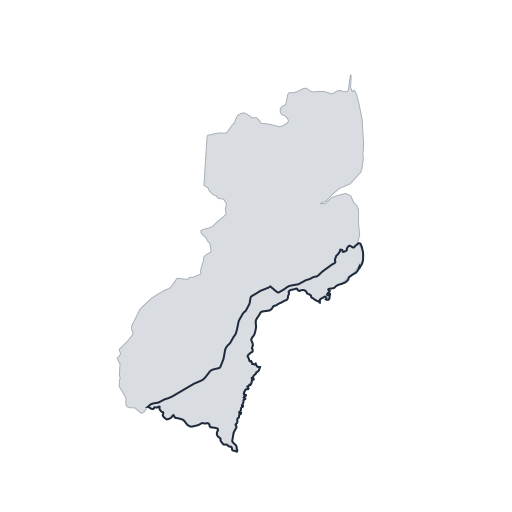 East Berbice-Corentyne on a map of Guyana (Robinson projection), rotated 42°
{"feature_id": "GUY-671", "entity_name": "East Berbice-Corentyne", "entity_type": "Region", "adm_level": 1, "iso_a3": "GUY", "parent_name": "Guyana", "parent_adm1": "", "projection": "robinson", "projection_center": [-57.523, 3.897], "detail": "fine", "context": "in_parent", "style": "outline", "palette": "slate", "viewbox_px": 512, "rotation_deg": 42, "n_neighbors": 0, "source": "natural_earth", "source_scale": "10m", "svg_char_len": 9626}
<svg xmlns="http://www.w3.org/2000/svg" viewBox="0 0 512 512"><g transform="rotate(42 256 256)"><path d="M170.1,238.4L160.0,225.7L149.9,212.9L140.0,200.4L139.3,198.7L143.5,192.7L147.2,188.4L150.3,186.0L151.8,183.8L150.7,174.6L150.8,171.3L149.3,167.7L148.3,163.6L149.5,160.3L151.0,157.9L153.0,157.0L157.6,156.2L160.9,155.9L162.1,154.5L164.0,152.9L166.5,152.9L171.4,153.9L173.6,151.9L177.6,149.2L186.7,144.4L188.8,141.3L190.2,136.5L190.0,134.2L189.1,133.4L186.9,132.6L183.4,132.5L180.7,133.7L177.8,133.0L175.4,130.1L175.3,127.6L176.7,124.2L175.9,121.9L171.4,114.6L171.4,112.6L174.7,109.3L176.6,106.5L179.1,99.8L181.2,97.6L187.5,96.8L189.1,95.4L192.3,91.9L197.1,87.9L204.0,84.7L206.0,78.8L207.2,77.2L212.7,74.1L213.7,72.5L213.6,71.0L204.8,57.9L206.5,58.8L213.4,67.4L217.1,69.2L217.9,69.3L218.0,67.1L221.4,68.0L230.4,73.8L243.5,83.5L262.0,101.8L267.2,108.7L270.7,112.0L276.2,120.0L277.8,123.9L277.7,139.4L272.8,149.9L271.6,157.8L271.3,168.3L268.5,174.3L272.3,171.0L273.4,161.5L276.6,155.8L280.8,149.5L286.3,148.0L292.3,150.7L297.1,151.1L301.3,153.0L310.3,163.1L319.1,171.1L322.3,177.5L331.7,180.7L337.2,185.7L338.9,190.1L340.0,201.6L338.2,218.8L338.7,219.7L336.2,223.1L335.8,225.3L334.1,229.1L332.9,231.2L334.7,236.0L336.8,236.2L337.6,236.8L338.1,237.7L338.0,238.7L337.2,239.7L335.2,240.8L333.3,243.6L333.5,246.6L332.3,248.2L328.4,249.0L320.9,249.0L317.2,249.2L314.2,249.8L312.2,251.7L309.8,253.1L307.8,253.4L306.1,255.7L304.4,259.0L305.0,261.2L306.7,264.1L307.8,267.2L306.4,272.1L304.9,275.9L304.0,278.8L302.8,284.3L299.9,290.4L297.9,293.9L297.9,297.7L298.9,303.1L304.8,310.9L306.8,314.7L308.4,320.7L313.7,325.4L317.1,329.2L316.8,334.3L317.2,335.8L319.3,337.1L321.9,338.1L324.7,338.0L327.2,337.6L327.8,336.9L333.6,336.8L334.2,338.0L334.6,345.3L334.8,348.2L336.2,349.4L337.0,351.2L337.1,352.9L337.3,356.9L338.2,359.1L338.0,363.4L338.6,365.0L340.2,366.1L342.3,369.2L343.0,369.6L343.4,370.7L345.1,375.1L346.0,376.4L346.6,376.6L346.9,378.2L348.2,382.3L349.0,383.3L350.6,386.4L351.3,389.7L353.4,393.4L355.6,396.1L356.6,398.8L359.4,404.8L362.1,409.0L365.8,410.1L368.8,410.7L370.8,412.4L372.6,414.1L370.6,414.9L368.8,416.0L366.3,415.2L362.8,415.6L359.2,416.8L355.8,417.4L349.5,415.5L347.6,415.3L346.2,414.4L343.6,410.7L342.4,410.3L339.0,412.0L334.9,413.2L332.9,413.0L330.6,414.2L328.4,415.9L324.2,423.2L322.1,425.8L319.7,427.0L315.1,426.9L310.2,427.2L306.5,428.9L303.0,429.8L301.2,430.0L300.7,434.0L299.9,435.8L298.8,436.9L296.1,437.2L293.7,437.0L292.2,435.4L289.5,434.6L287.0,434.0L285.5,433.0L284.2,433.2L283.2,434.9L282.3,436.3L281.6,439.0L277.9,439.8L276.3,441.3L277.3,446.2L276.8,448.1L276.1,449.6L271.6,449.9L267.8,449.8L265.7,451.6L263.0,453.7L261.3,454.1L259.4,453.9L256.8,451.5L254.3,448.5L248.0,446.4L241.8,444.6L237.7,439.9L236.8,437.5L234.8,436.5L230.0,430.8L227.3,427.2L224.4,426.2L221.1,424.7L221.2,422.1L221.0,419.5L219.6,418.5L217.6,417.8L216.8,416.4L217.1,413.0L217.5,404.5L216.9,396.2L212.4,393.4L210.5,391.4L207.1,379.3L205.5,373.8L205.5,369.7L206.6,357.6L207.9,352.4L211.3,341.8L213.3,338.3L213.4,335.6L213.2,332.2L212.2,325.4L218.1,321.2L220.6,319.4L221.0,316.5L224.1,312.9L225.5,309.5L226.7,306.8L226.3,305.3L225.0,304.5L223.4,301.9L220.0,294.5L218.8,293.0L217.7,291.0L218.3,287.7L219.6,284.1L219.4,282.6L217.4,280.7L213.2,277.5L209.8,277.3L207.1,276.1L203.2,276.0L200.0,275.6L198.3,274.4L198.6,272.5L199.4,271.0L202.0,267.2L203.8,263.3L204.1,259.4L204.6,254.3L205.4,249.8L205.8,244.8L201.6,241.5L200.3,238.8L198.6,236.4L196.7,236.4L193.9,235.4L189.4,238.5L185.9,237.9L183.5,239.1L177.9,238.9L174.4,237.4L170.1,238.4Z" fill="#d9dde1" stroke="#a8b0b8" stroke-width="1"/><path d="M333.3,335.8L334.5,338.6L334.7,339.3L334.6,341.2L334.5,341.5L334.1,342.2L334.2,342.7L334.5,343.1L334.7,343.7L334.6,344.4L334.4,345.5L334.3,346.1L334.4,346.7L334.9,348.0L334.8,348.6L334.5,349.1L334.4,349.4L334.9,349.9L335.4,349.9L335.9,349.8L336.6,349.1L336.7,349.3L336.9,349.5L336.2,351.0L336.6,352.0L337.4,352.9L337.9,354.1L338.2,355.6L338.1,355.8L337.4,355.8L337.2,356.0L337.5,357.5L336.9,358.7L337.5,359.1L339.0,359.3L339.3,360.1L338.8,360.8L338.0,361.5L337.6,362.0L338.2,364.8L338.4,365.4L338.8,365.6L339.1,366.6L339.7,366.9L340.2,366.7L341.1,366.2L341.7,366.1L342.0,366.5L341.2,368.4L341.5,369.4L343.3,369.0L343.7,369.3L343.6,369.9L343.1,371.1L343.4,371.8L344.6,373.3L345.1,374.3L345.4,376.4L345.7,376.7L346.7,376.1L347.1,376.8L346.7,378.1L346.7,379.0L347.0,379.5L348.2,381.1L348.2,381.5L348.0,383.3L348.3,383.8L349.0,383.5L349.9,382.7L350.3,383.2L350.3,383.8L350.0,384.4L349.9,384.9L350.1,385.7L350.3,386.1L351.1,387.0L351.3,387.5L351.3,388.1L351.0,388.8L351.3,389.8L353.0,391.5L353.6,392.7L353.5,394.6L353.7,395.1L354.2,395.4L355.3,395.6L355.7,395.9L356.3,396.9L356.8,399.3L357.1,400.5L357.5,402.1L362.1,409.4L363.4,410.0L368.0,410.1L369.8,411.2L370.1,411.6L370.4,412.0L370.8,412.3L371.8,412.6L372.2,413.0L372.5,413.5L372.7,414.2L370.5,415.1L369.0,416.0L368.3,416.1L367.5,415.7L366.9,415.1L366.1,414.5L365.2,414.4L364.4,414.8L363.8,415.3L363.1,415.7L362.1,415.7L361.2,415.5L360.5,415.7L358.5,417.5L357.9,417.8L357.2,417.8L353.9,417.2L353.2,416.9L352.5,416.2L352.1,415.7L351.7,415.4L350.7,415.4L349.1,415.6L348.4,415.6L347.5,415.4L346.2,414.7L345.4,413.8L344.8,412.7L344.5,411.2L343.1,409.9L340.8,410.9L336.7,413.8L335.7,413.6L334.0,412.4L332.8,412.2L331.8,412.7L331.1,413.4L330.5,414.3L329.7,415.0L328.7,415.6L328.1,415.9L327.6,416.4L326.4,420.0L325.9,420.9L322.7,425.5L321.3,426.7L319.1,427.3L317.6,427.4L313.6,426.6L311.9,426.5L310.4,426.9L306.5,428.8L304.9,430.0L304.1,430.3L303.3,430.2L301.9,429.6L301.1,429.5L300.9,429.9L300.9,430.7L301.2,432.4L301.0,433.3L300.7,434.3L299.9,436.0L299.1,437.1L297.1,437.5L294.9,437.4L293.4,436.9L293.0,436.5L292.7,435.3L292.3,434.8L291.5,434.3L291.0,434.4L290.6,434.7L290.0,434.9L289.1,434.9L288.0,434.7L287.0,434.4L286.2,433.9L285.8,433.5L285.4,432.6L285.2,432.5L284.6,432.9L284.0,434.4L283.7,435.1L283.3,435.4L282.2,436.0L281.9,436.3L281.8,436.8L282.1,438.0L282.0,438.5L280.7,439.5L276.7,440.3L276.5,440.5L276.9,437.2L277.3,436.0L279.0,433.3L281.1,430.9L281.6,430.1L284.0,423.7L286.0,420.3L287.7,416.6L295.3,392.6L298.6,385.4L299.2,383.6L299.4,382.6L299.5,381.4L299.5,379.9L299.0,372.9L299.0,372.1L299.2,371.0L299.9,369.3L303.7,363.7L303.8,363.3L303.7,362.2L300.7,354.2L295.7,346.1L295.1,344.4L294.9,342.9L294.8,341.4L295.0,338.9L295.0,337.9L293.4,330.7L293.4,329.5L293.2,328.3L293.0,327.5L291.4,324.0L287.0,316.5L286.6,315.7L286.3,314.5L284.8,307.6L284.7,305.9L285.0,304.4L285.0,303.2L283.1,295.7L280.2,291.2L279.5,289.6L279.7,288.5L281.6,282.6L282.5,279.1L286.5,271.0L287.0,269.0L295.0,268.8L296.5,268.5L297.3,267.9L299.2,261.8L299.9,258.5L300.7,256.2L301.9,254.4L306.5,248.5L308.9,241.5L309.8,239.6L311.4,237.2L312.5,233.9L313.3,232.4L314.8,230.6L315.1,229.7L315.3,228.6L315.7,223.4L318.2,211.4L319.1,208.9L319.2,208.5L319.1,207.6L318.4,206.8L317.7,206.6L317.0,205.7L315.5,202.1L315.7,200.3L315.5,197.7L315.2,196.4L314.4,194.9L315.0,194.3L316.0,193.9L316.3,193.9L316.6,194.0L317.4,194.8L317.7,194.8L317.9,194.7L318.4,194.2L319.4,192.2L319.6,191.0L319.4,190.6L318.7,189.9L318.6,189.6L318.2,187.9L318.2,187.1L318.3,186.4L318.7,185.7L319.0,185.6L319.7,185.3L321.7,185.0L322.3,184.8L322.8,184.4L323.1,184.1L323.2,183.8L323.1,183.5L322.9,182.4L323.1,181.4L323.3,180.8L323.3,180.4L323.4,179.3L323.4,178.4L324.0,177.6L324.5,177.3L324.7,177.1L324.9,177.1L325.8,177.1L326.8,177.6L328.6,178.5L330.6,179.9L332.3,181.1L334.2,182.7L338.1,187.2L339.1,188.8L340.0,190.8L340.5,193.0L340.6,194.3L340.8,194.9L341.0,195.5L341.1,196.0L341.2,196.6L340.5,195.4L340.1,195.1L341.2,197.8L341.3,198.9L341.5,201.7L340.7,203.6L340.5,204.6L339.9,206.2L339.9,207.3L339.4,208.6L339.3,209.8L340.4,211.9L340.3,214.8L339.8,216.5L339.2,217.6L338.6,218.8L336.2,222.8L336.2,223.1L335.8,224.3L335.6,225.1L335.6,226.3L335.4,227.5L334.9,228.4L332.6,231.0L332.2,231.6L332.0,232.2L332.2,232.7L332.7,232.7L333.3,232.4L333.8,232.5L334.1,232.5L334.3,232.6L334.3,236.4L334.4,236.8L334.7,237.1L335.1,237.3L335.5,237.2L335.8,237.0L335.9,236.6L335.5,236.0L335.2,235.4L335.3,234.9L335.7,234.7L336.2,234.6L336.7,234.8L336.9,235.1L337.3,236.1L338.9,238.3L339.2,239.4L339.0,240.2L338.4,240.8L337.7,241.3L336.9,241.6L336.7,240.5L336.2,240.0L335.6,239.8L334.8,239.7L334.3,240.1L334.0,240.8L333.6,242.3L332.9,244.2L332.8,244.8L332.7,245.5L332.9,246.1L334.7,247.9L334.2,248.2L333.8,248.1L333.4,248.0L333.0,247.9L332.3,248.0L331.1,248.6L329.9,249.0L326.1,249.4L325.3,249.7L324.7,249.7L324.4,249.6L323.6,248.8L323.4,248.6L322.2,248.7L321.1,248.9L319.0,249.7L317.1,248.8L315.3,248.9L313.7,249.8L312.5,251.2L311.8,252.8L311.2,253.2L310.0,253.4L309.4,253.3L309.0,253.0L308.5,252.9L307.9,253.1L307.6,253.4L306.6,255.3L305.1,257.2L304.3,258.5L304.0,260.3L304.4,261.0L305.2,261.5L305.9,262.1L306.6,264.3L307.9,266.1L308.2,267.1L308.2,268.1L307.8,269.0L307.0,270.4L306.2,273.2L305.4,274.7L304.5,277.1L304.2,278.9L303.2,280.3L302.7,281.1L302.5,282.1L302.7,282.9L302.9,283.8L303.1,284.6L302.9,286.0L302.6,287.1L302.1,288.0L298.0,292.8L297.3,293.9L297.2,295.0L297.8,297.4L298.4,301.9L298.9,303.8L300.1,305.5L303.2,308.3L304.0,309.3L306.4,313.3L307.4,315.8L307.6,316.8L307.7,319.2L308.0,320.4L308.5,321.4L309.3,322.0L311.7,323.0L313.5,324.4L313.6,324.8L313.9,325.7L314.3,326.5L314.4,326.9L314.6,327.1L314.8,327.3L315.3,327.3L315.4,327.5L316.6,328.2L317.4,329.2L317.3,330.2L316.6,331.8L316.7,332.8L316.4,334.6L316.5,335.2L316.7,335.8L316.9,336.1L317.1,336.3L317.5,336.5L318.8,336.8L321.1,338.2L321.6,338.4L322.1,338.3L322.6,337.3L323.2,337.4L324.0,338.0L324.8,338.1L325.1,338.3L325.4,338.8L325.7,338.6L326.2,338.0L327.5,337.7L327.8,337.2L327.8,336.2L329.3,336.9L330.6,337.4L331.8,337.1L333.3,335.8Z" fill="none" stroke="#1e293b" stroke-width="2"/></g></svg>